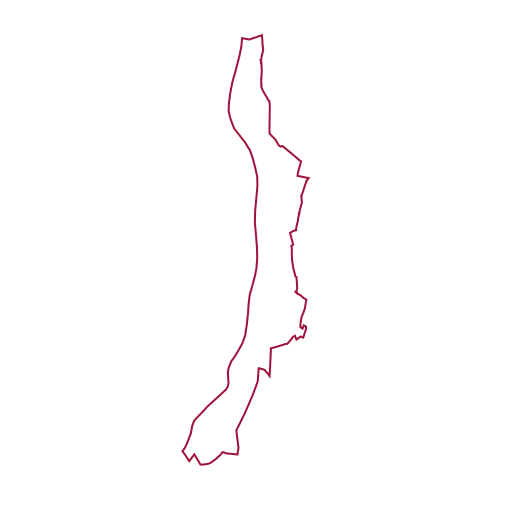 Pļaviņas, Plavinu, Latvia (Equal Earth projection), rotated 104°
{"feature_id": "27541924B71178019196627", "entity_name": "Pļaviņas", "entity_type": "district", "adm_level": 2, "iso_a3": "LVA", "parent_name": "Latvia", "parent_adm1": "Plavinu", "projection": "equal_earth", "projection_center": [25.73, 56.614], "detail": "fine", "context": "isolated", "style": "outline", "palette": "rose", "viewbox_px": 512, "rotation_deg": 104, "n_neighbors": 0, "source": "geoboundaries", "source_scale": "gbopen_adm2", "svg_char_len": 3885}
<svg xmlns="http://www.w3.org/2000/svg" viewBox="0 0 512 512"><g transform="rotate(104 256 256)"><path d="M463.2,280.1L464.8,278.2L466.9,275.8L467.3,275.3L468.9,273.6L471.2,271.2L465.0,268.5L463.4,267.8L468.1,263.1L471.7,259.6L471.7,258.8L471.4,257.8L470.9,256.2L470.3,254.6L469.4,252.6L469.1,252.1L468.9,251.7L468.6,251.3L467.9,250.4L467.2,249.5L466.3,248.8L465.3,248.0L463.7,246.6L462.9,246.0L461.1,244.8L459.3,243.6L457.0,242.1L454.4,241.1L454.4,239.7L454.5,237.9L454.7,235.2L454.3,234.7L454.3,234.2L454.1,233.1L453.8,231.0L453.5,229.2L453.5,228.6L453.4,228.0L453.3,227.4L453.2,226.7L453.1,226.0L451.4,226.2L449.7,226.3L449.2,226.3L446.1,226.6L445.3,227.0L441.8,228.3L439.4,229.3L431.5,232.3L429.8,232.8L429.7,232.9L425.2,231.8L411.2,228.8L402.4,227.3L400.6,227.0L395.9,226.3L392.8,225.7L389.5,225.3L385.1,224.8L382.3,224.5L378.9,224.2L377.1,224.0L374.7,224.4L370.4,225.2L367.8,225.6L366.2,225.9L365.4,226.1L365.0,226.2L364.2,226.3L364.2,225.0L364.2,223.9L364.3,223.6L364.3,223.4L364.3,222.8L364.1,222.1L364.3,221.1L364.5,220.7L364.6,220.4L364.6,220.2L364.5,219.8L365.1,219.3L367.3,216.0L368.1,215.1L369.2,213.8L364.1,214.7L349.7,217.6L341.9,219.2L341.1,217.6L335.2,207.5L335.0,207.3L334.8,207.1L333.5,204.3L329.1,202.0L325.7,200.7L324.0,198.9L327.3,196.5L326.1,195.5L323.4,193.3L323.7,190.4L314.1,189.8L313.7,190.1L312.4,190.3L311.7,192.8L315.2,193.3L314.2,195.8L309.8,196.6L305.7,196.9L303.8,197.0L301.8,196.7L300.2,196.4L298.1,196.2L295.8,195.9L294.7,196.0L286.1,196.6L285.7,198.1L285.3,199.5L283.3,203.4L282.4,207.4L281.5,207.3L281.2,209.0L280.1,208.3L277.5,208.2L274.8,209.0L266.7,211.6L266.3,212.8L260.0,216.2L259.8,216.3L259.7,216.4L259.3,216.6L255.1,218.4L253.9,218.9L253.2,219.2L251.4,220.0L250.3,220.3L247.4,221.1L245.3,221.8L240.3,223.0L237.5,224.1L236.6,223.2L235.9,222.7L233.8,223.9L232.1,224.8L230.4,225.8L230.0,226.0L226.1,228.2L225.4,228.6L222.5,225.7L221.3,223.3L220.2,223.7L217.1,223.8L215.3,223.8L213.6,223.9L212.1,223.8L210.4,224.1L208.8,224.3L207.1,224.3L204.3,224.2L204.4,224.6L202.4,224.5L198.5,224.6L197.9,224.5L194.8,224.4L193.8,224.4L193.1,224.3L191.8,224.8L187.8,226.3L187.5,226.1L187.1,226.5L186.2,226.6L184.5,226.3L183.7,226.1L172.0,225.3L171.9,225.3L172.0,225.1L171.5,225.0L171.1,225.0L170.7,224.9L170.3,224.8L170.0,224.8L169.6,224.7L169.3,224.6L169.1,224.5L168.9,224.3L168.6,224.2L168.1,224.0L167.7,223.8L167.7,224.1L167.7,225.2L167.8,226.2L168.0,231.3L168.1,232.9L168.2,234.5L168.2,235.0L166.9,235.3L166.6,235.4L161.6,235.4L155.4,235.2L153.2,235.2L152.1,238.2L152.0,238.3L151.9,238.4L151.8,238.5L151.7,238.6L150.9,240.2L150.5,241.2L147.2,247.8L145.9,250.7L142.9,256.9L142.9,257.1L143.0,257.3L143.4,257.8L143.9,258.4L143.4,260.2L142.5,261.3L142.3,261.5L138.5,265.2L137.8,266.2L134.3,272.0L133.8,272.5L131.1,273.2L128.4,273.9L108.3,278.6L106.6,279.1L104.9,279.6L103.6,280.1L102.3,280.6L101.8,281.9L99.9,283.4L97.6,285.8L96.7,286.7L93.2,289.9L90.7,291.7L88.6,292.3L88.5,292.1L88.2,292.2L88.3,292.4L85.6,293.1L83.7,293.6L83.1,293.8L82.1,294.0L81.9,293.8L81.7,293.9L75.6,295.0L69.6,296.8L67.1,297.5L67.4,297.9L66.2,298.2L64.6,299.0L64.1,298.4L61.8,298.8L54.6,298.8L52.9,299.4L48.6,301.0L44.3,302.3L42.3,303.0L40.3,303.7L42.6,307.1L47.2,314.3L47.6,315.0L48.0,322.2L56.3,320.9L65.5,320.5L81.9,320.6L93.2,321.0L104.2,320.4L114.5,319.2L122.1,317.6L129.0,314.0L137.5,308.1L142.9,301.2L148.1,294.4L155.1,287.3L162.3,282.6L170.9,277.9L179.1,273.9L188.1,271.5L199.6,269.7L212.6,267.7L223.8,265.2L233.0,262.0L247.6,257.1L257.8,254.3L268.0,252.6L275.2,252.2L286.3,252.4L295.4,252.7L305.4,251.4L312.9,250.0L324.9,248.3L335.8,247.3L343.9,248.1L352.2,250.3L358.7,252.3L364.1,254.5L371.5,255.5L375.2,255.2L377.0,254.8L385.7,252.0L389.2,251.8L392.4,252.6L400.1,257.5L406.5,261.9L414.3,267.0L418.5,269.2L427.1,274.2L430.5,276.0L432.2,276.4L436.9,276.8L443.5,276.3L450.8,277.2L454.5,277.6L459.0,278.5L463.2,280.1Z" fill="none" stroke="#9f1239" stroke-width="2"/></g></svg>